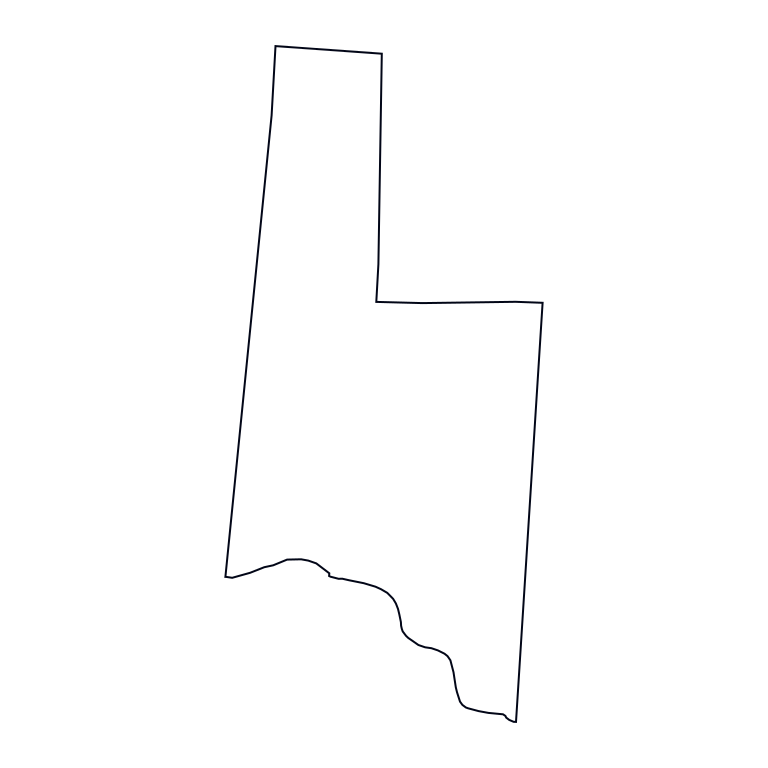 Brown, Ohio, United States of America
{"feature_id": "52423323B39524161644268", "entity_name": "Brown", "entity_type": "district", "adm_level": 2, "iso_a3": "USA", "parent_name": "United States of America", "parent_adm1": "Ohio", "projection": "equal_earth", "projection_center": [-83.851, 38.947], "detail": "fine", "context": "isolated", "style": "outline", "palette": "ink", "viewbox_px": 768, "rotation_deg": 0, "n_neighbors": 0, "source": "geoboundaries", "source_scale": "gbopen_adm2", "svg_char_len": 868}
<svg xmlns="http://www.w3.org/2000/svg" viewBox="0 0 768 768"><path d="M381.8,53.7L275.5,46.1L271.6,115.5L225.4,576.9L226.2,576.9L232.2,577.8L250.1,572.8L264.3,567.2L273.2,565.3L287.1,559.6L301.1,559.3L308.3,560.6L316.3,563.4L329.3,573.3L329.1,576.0L330.5,576.7L338.6,578.8L342.2,578.7L349.7,580.4L349.8,580.4L363.8,583.2L375.5,586.7L381.0,589.2L387.3,592.9L393.1,598.8L395.9,603.5L398.0,608.9L399.3,614.3L400.9,622.1L401.1,625.7L401.8,628.8L402.7,631.4L406.0,635.8L408.2,637.9L418.4,645.0L425.1,647.3L431.4,648.2L437.9,650.4L444.5,653.7L447.5,656.1L450.4,660.3L453.5,672.2L455.8,687.3L457.0,692.2L460.0,701.6L462.4,704.9L465.9,707.5L468.1,708.3L478.6,711.1L488.4,712.9L503.0,714.3L505.4,715.9L506.2,717.6L509.2,719.9L513.6,721.8L516.0,721.9L542.6,302.8L515.6,301.8L422.5,303.1L376.3,301.9L378.4,264.3L381.8,53.7Z" fill="none" stroke="#020617" stroke-width="2"/></svg>